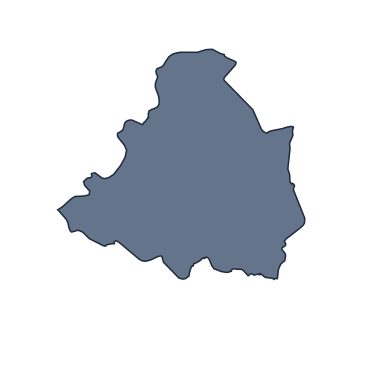 the Province of Kainuu, rotated 232°
{"feature_id": "FIN-3179", "entity_name": "Kainuu", "entity_type": "Province", "adm_level": 1, "iso_a3": "FIN", "parent_name": "Finland", "parent_adm1": "", "projection": "albers", "projection_center": [28.501, 64.601], "detail": "fine", "context": "isolated", "style": "filled", "palette": "slate", "viewbox_px": 384, "rotation_deg": 232, "n_neighbors": 0, "source": "natural_earth", "source_scale": "10m", "svg_char_len": 3144}
<svg xmlns="http://www.w3.org/2000/svg" viewBox="0 0 384 384"><g transform="rotate(232 192 192)"><path d="M260.7,75.3L260.5,76.0L260.1,80.8L261.0,92.3L260.5,97.1L255.0,104.9L253.2,109.4L255.7,111.9L263.4,111.5L267.0,113.0L267.4,118.0L266.9,119.1L266.3,119.9L265.8,120.8L265.8,122.1L266.5,123.2L267.5,123.4L268.2,123.8L267.9,125.6L266.6,127.5L258.3,129.7L256.1,131.8L254.6,135.4L254.1,141.0L256.8,151.9L260.6,160.7L265.2,166.2L270.6,167.5L280.8,167.4L283.0,168.4L284.0,169.4L284.1,170.2L283.8,171.1L283.6,172.4L283.6,174.1L283.5,174.9L283.6,175.6L284.3,177.0L284.9,178.0L287.1,180.5L288.2,183.0L287.8,185.5L286.8,187.7L285.5,189.1L276.1,194.1L275.7,194.6L275.5,195.4L275.7,195.8L276.1,196.0L276.3,196.2L276.4,198.5L276.7,199.6L277.1,200.9L277.0,201.2L277.0,201.6L277.0,202.0L277.1,202.3L277.7,202.6L277.8,202.9L277.7,203.8L280.3,205.4L282.3,207.9L281.9,210.9L280.8,214.3L280.4,217.6L281.6,220.1L283.9,222.2L288.0,224.6L296.9,227.5L299.7,229.6L301.4,231.8L302.7,234.2L304.1,236.0L307.4,236.8L309.3,237.9L310.6,239.8L310.2,242.5L309.3,245.1L309.4,247.3L310.1,249.3L311.2,251.8L312.8,257.3L312.6,261.6L311.1,265.5L308.8,269.5L298.8,282.2L295.5,290.8L292.0,295.8L283.4,299.8L280.5,302.0L280.4,302.0L279.5,301.4L276.5,302.0L268.2,306.4L267.2,306.6L266.8,306.4L265.9,305.2L265.4,304.3L262.3,288.0L261.4,286.6L260.5,286.0L219.3,290.6L198.6,285.3L195.5,285.5L192.5,286.9L192.4,287.4L192.3,289.3L191.9,290.7L191.1,292.9L186.3,302.2L185.5,304.6L184.4,307.2L183.3,309.4L182.2,311.1L180.7,311.9L179.7,310.8L178.7,309.1L174.4,306.2L170.5,299.2L168.4,297.5L166.2,296.3L151.3,281.8L145.5,279.6L140.3,275.9L138.7,275.4L137.2,275.5L137.3,275.6L137.4,275.9L136.8,276.6L135.3,276.9L134.3,276.8L133.8,276.7L132.4,274.3L131.1,273.2L101.9,264.7L98.1,261.3L97.3,258.8L97.0,253.4L97.1,237.1L96.4,234.5L94.3,234.2L93.1,233.7L92.6,233.3L92.2,232.2L92.6,228.7L91.9,227.7L91.1,227.5L87.2,227.6L85.2,227.2L83.8,226.2L81.4,223.5L80.7,222.8L80.7,219.9L80.4,217.2L77.7,212.4L72.4,207.2L71.2,205.7L72.4,204.6L72.8,204.0L72.9,203.0L72.7,203.1L72.6,202.9L74.4,202.2L75.2,201.6L79.2,197.5L80.7,196.8L85.0,195.9L85.8,195.3L85.6,195.2L85.2,195.0L85.0,194.4L85.7,193.9L86.4,193.7L87.3,192.1L87.9,190.2L88.8,189.4L90.0,189.2L90.6,188.8L91.4,187.6L91.5,186.8L91.3,185.7L91.4,184.7L98.3,184.2L100.5,183.4L104.0,179.3L105.0,178.5L106.0,177.3L106.1,176.3L106.3,174.7L106.3,174.0L105.5,174.0L105.4,174.0L106.3,171.5L107.5,169.6L111.1,166.2L118.0,162.1L121.6,162.2L128.0,164.0L130.1,164.1L131.5,163.5L132.6,161.6L131.9,161.1L133.1,159.9L133.3,158.6L133.0,157.1L133.0,155.8L133.4,152.9L133.8,151.0L134.1,149.9L134.2,148.8L133.4,147.8L133.1,147.7L133.0,147.3L133.6,146.2L132.9,144.5L130.4,140.9L127.6,137.7L127.8,133.4L129.2,130.9L132.3,128.7L154.3,126.3L159.4,128.5L160.7,128.3L161.8,126.4L162.6,123.7L163.2,120.6L163.9,117.5L166.0,112.8L168.5,110.3L171.4,109.0L197.3,103.5L200.6,101.9L200.5,99.8L200.2,99.3L198.4,99.0L199.0,98.9L199.7,98.3L200.9,96.3L202.6,92.9L203.0,91.8L202.9,91.5L202.6,90.8L202.5,90.5L204.3,89.0L218.6,82.3L227.6,81.2L232.0,78.7L234.6,72.4L236.5,72.1L240.3,73.3L244.0,75.2L247.7,76.1L260.7,75.3L260.7,75.3Z" fill="#64748b" stroke="#1e293b" stroke-width="1.5"/></g></svg>